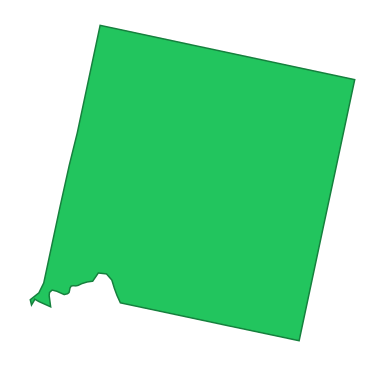 an SVG outline of Kalangala, rotated 282°
{"feature_id": "UGA-2631", "entity_name": "Kalangala", "entity_type": "District", "adm_level": 1, "iso_a3": "UGA", "parent_name": "Uganda", "parent_adm1": "", "projection": "albers", "projection_center": [32.167, -0.565], "detail": "fine", "context": "isolated", "style": "filled", "palette": "green", "viewbox_px": 384, "rotation_deg": 282, "n_neighbors": 0, "source": "natural_earth", "source_scale": "10m", "svg_char_len": 664}
<svg xmlns="http://www.w3.org/2000/svg" viewBox="0 0 384 384"><g transform="rotate(282 192 192)"><path d="M297.0,327.8L240.7,327.8L183.9,327.7L127.2,327.7L70.4,327.7L68.8,327.7L68.7,256.8L68.7,145.0L75.3,140.1L81.8,136.0L89.2,131.9L94.1,125.4L93.3,117.2L84.1,113.4L82.2,108.2L79.5,103.3L76.9,99.9L76.0,97.8L75.7,95.4L74.9,93.4L72.6,92.6L70.0,92.7L68.1,92.6L66.6,91.4L65.1,88.3L66.8,80.4L67.0,75.6L64.1,73.5L61.0,73.8L50.3,77.6L53.0,65.0L54.5,60.4L52.7,60.1L48.1,58.5L53.0,56.2L61.5,63.2L72.2,65.9L150.0,66.0L193.2,66.4L226.0,67.5L260.7,67.5L335.9,67.5L335.8,160.2L335.7,327.8L297.5,327.8L297.0,327.8Z" fill="#22c55e" stroke="#15803d" stroke-width="1.5"/></g></svg>